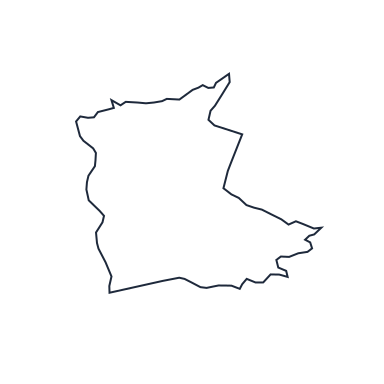 Casinhas, Pernambuco, Brazil (Natural Earth projection), rotated 291°
{"feature_id": "56859067B79988983396987", "entity_name": "Casinhas", "entity_type": "district", "adm_level": 2, "iso_a3": "BRA", "parent_name": "Brazil", "parent_adm1": "Pernambuco", "projection": "natural_earth1", "projection_center": [-35.716, -7.762], "detail": "fine", "context": "isolated", "style": "outline", "palette": "slate", "viewbox_px": 384, "rotation_deg": 291, "n_neighbors": 0, "source": "geoboundaries", "source_scale": "gbopen_adm2", "svg_char_len": 1292}
<svg xmlns="http://www.w3.org/2000/svg" viewBox="0 0 384 384"><g transform="rotate(291 192 192)"><path d="M68.4,151.1L98.5,196.5L107.4,210.8L108.2,216.2L107.4,223.8L106.2,234.0L107.7,240.0L111.3,245.6L114.2,250.2L116.5,256.3L118.7,262.4L118.7,271.3L123.9,271.9L130.5,274.2L130.3,283.8L133.1,290.9L143.2,294.9L146.2,303.1L147.0,311.7L152.1,308.2L152.4,299.6L158.8,295.1L163.6,298.1L166.2,305.9L172.9,313.2L177.5,321.3L182.4,324.3L187.3,320.4L188.0,314.7L193.2,317.2L196.2,321.3L205.0,325.5L201.6,318.9L201.9,306.7L201.9,299.5L196.2,293.8L198.5,285.2L199.6,273.4L200.6,263.5L199.6,255.5L199.3,247.5L203.2,237.9L203.9,229.6L206.8,220.0L224.5,217.9L231.7,217.9L263.8,218.2L262.2,189.1L265.3,181.5L274.5,180.2L280.7,182.5L293.8,185.1L308.1,187.8L315.6,184.2L302.5,175.3L297.4,174.9L295.0,169.9L295.6,163.7L291.7,160.6L287.6,156.0L273.8,147.1L269.9,135.1L266.1,131.5L261.9,124.4L258.3,117.2L256.1,109.4L252.4,97.8L247.3,94.2L248.9,83.9L242.5,88.9L239.4,84.7L232.9,75.5L226.6,73.7L224.0,68.3L222.5,60.6L216.3,58.5L204.0,67.4L200.9,72.3L197.3,84.1L194.0,88.3L186.8,90.6L181.3,92.1L170.1,89.5L163.6,90.4L156.5,92.5L147.2,98.6L141.3,112.5L138.2,118.4L131.6,119.3L119.8,116.9L110.3,121.6L105.6,125.0L95.4,136.5L84.3,147.1L74.6,148.5L68.4,151.1Z" fill="none" stroke="#1e293b" stroke-width="2"/></g></svg>